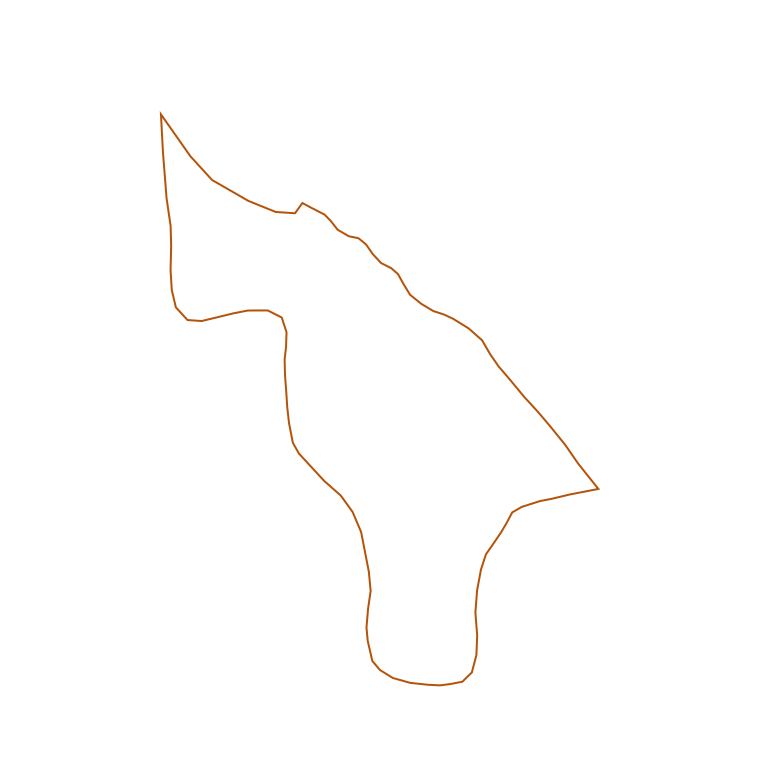 outline of Louetsi-Wano, Ngounié, Gabon, rotated 169°
{"feature_id": "22940354B18924798450478", "entity_name": "Louetsi-Wano", "entity_type": "district", "adm_level": 2, "iso_a3": "GAB", "parent_name": "Gabon", "parent_adm1": "Ngounié", "projection": "robinson", "projection_center": [11.582, -2.167], "detail": "fine", "context": "isolated", "style": "outline", "palette": "amber", "viewbox_px": 768, "rotation_deg": 169, "n_neighbors": 0, "source": "geoboundaries", "source_scale": "gbopen_adm2", "svg_char_len": 1274}
<svg xmlns="http://www.w3.org/2000/svg" viewBox="0 0 768 768"><g transform="rotate(169 384 384)"><path d="M551.5,691.2L556.8,653.4L562.0,607.8L563.3,579.9L566.6,560.0L571.8,536.5L574.4,516.6L573.7,499.0L564.7,484.3L551.0,480.6L535.4,481.3L518.5,482.1L503.6,482.1L484.1,478.4L471.7,468.8L469.8,453.4L473.0,439.4L476.9,426.9L479.5,411.5L481.5,394.5L483.4,379.8L484.7,363.6L484.7,343.8L480.8,332.0L461.3,300.4L447.7,282.7L439.2,264.3L434.7,243.0L434.7,222.4L434.7,202.6L436.6,183.4L442.5,166.5L447.7,148.1L449.0,134.9L448.3,114.3L442.5,104.0L431.4,93.7L415.2,85.6L398.3,80.4L386.6,77.5L376.3,76.8L376.2,76.8L363.9,76.8L352.8,84.1L345.0,100.3L340.5,119.4L337.9,142.2L332.0,163.6L324.2,183.4L316.4,197.4L308.0,205.5L297.6,215.8L290.4,223.9L282.6,233.5L272.2,237.1L253.4,239.3L241.0,239.3L222.8,240.1L193.6,240.1L208.6,268.8L217.6,289.4L229.3,311.4L238.4,327.6L248.8,344.5L259.2,363.6L268.2,379.5L274.0,392.7L279.4,408.2L290.2,422.3L303.9,435.0L311.8,440.7L321.8,446.3L332.2,455.7L341.4,466.6L345.9,478.8L349.3,489.2L354.7,496.2L363.8,503.3L370.5,514.1L375.0,524.5L381.3,532.0L390.4,535.8L400.0,544.2L405.4,554.6L410.0,561.6L420.8,570.1L429.6,577.2L438.8,568.6L457.4,573.5L482.2,589.6L513.8,617.0L530.5,644.3L551.5,691.2Z" fill="none" stroke="#b45309" stroke-width="2"/></g></svg>